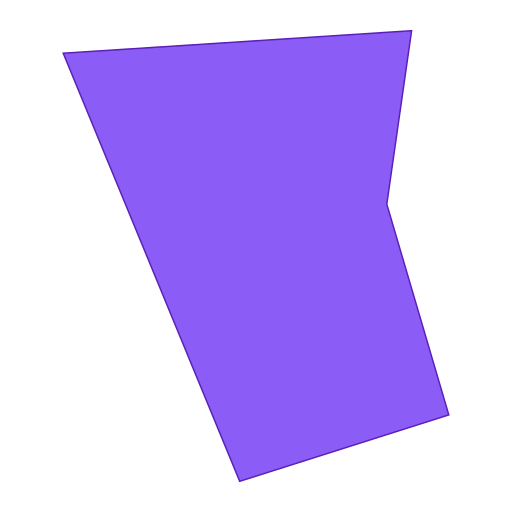 the border of Aiwo
{"feature_id": "NRU-4972", "entity_name": "Aiwo", "entity_type": "state/province", "adm_level": 1, "iso_a3": "NRU", "parent_name": "Nauru", "parent_adm1": "", "projection": "orthographic", "projection_center": [166.914, -0.531], "detail": "fine", "context": "isolated", "style": "filled", "palette": "violet", "viewbox_px": 512, "rotation_deg": 0, "n_neighbors": 0, "source": "natural_earth", "source_scale": "10m", "svg_char_len": 201}
<svg xmlns="http://www.w3.org/2000/svg" viewBox="0 0 512 512"><path d="M239.7,481.3L63.2,53.2L411.6,30.7L386.8,204.2L448.8,414.9L239.7,481.3Z" fill="#8b5cf6" stroke="#5b21b6" stroke-width="1.5"/></svg>